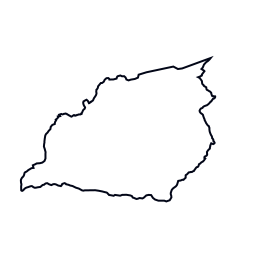 the district of Banita, Hunedoara, Romania, rotated 17°
{"feature_id": "2599482B47151005548823", "entity_name": "Banita", "entity_type": "district", "adm_level": 2, "iso_a3": "ROU", "parent_name": "Romania", "parent_adm1": "Hunedoara", "projection": "mercator", "projection_center": [23.267, 45.473], "detail": "fine", "context": "isolated", "style": "outline", "palette": "ink", "viewbox_px": 256, "rotation_deg": 17, "n_neighbors": 0, "source": "geoboundaries", "source_scale": "gbopen_adm2", "svg_char_len": 5819}
<svg xmlns="http://www.w3.org/2000/svg" viewBox="0 0 256 256"><g transform="rotate(17 128 128)"><path d="M130.4,197.4L134.1,197.0L135.1,195.8L140.3,195.0L142.1,193.6L146.2,192.3L150.0,191.8L151.7,192.0L152.8,193.1L153.9,193.1L156.8,193.4L158.0,192.8L159.5,191.6L162.5,191.1L163.5,190.0L165.2,187.1L167.4,185.9L169.8,185.4L172.2,187.5L174.7,188.5L178.3,188.6L184.0,186.9L186.1,187.0L189.0,184.9L189.8,181.7L189.2,180.2L188.3,178.9L187.9,177.8L187.9,176.9L187.9,175.6L188.0,174.2L188.8,172.5L190.9,169.7L191.5,168.0L191.5,166.8L191.5,163.9L193.4,162.9L193.6,162.9L195.1,161.6L195.8,161.5L196.1,161.4L196.3,161.1L196.5,160.9L196.6,160.5L197.0,159.7L197.4,159.3L197.6,158.9L197.6,158.3L197.0,156.6L197.0,156.2L198.0,155.0L198.5,154.0L198.9,153.0L199.1,152.7L199.4,152.5L200.1,152.3L200.6,151.8L201.2,151.7L201.6,151.4L201.9,151.4L202.2,151.2L202.5,150.8L202.8,150.4L203.3,150.0L203.6,149.8L203.7,149.6L203.7,149.0L204.0,148.5L204.1,148.0L204.2,147.7L204.4,147.2L204.5,146.7L204.9,145.8L205.1,145.4L205.5,145.2L205.9,145.0L206.3,144.5L206.5,143.8L206.5,141.9L206.7,141.5L207.5,140.9L207.6,140.6L208.0,139.7L208.3,139.3L209.4,138.2L209.6,137.9L209.7,137.5L210.2,136.7L210.4,135.8L210.8,134.7L209.9,134.5L209.8,134.1L209.6,133.6L209.6,133.3L209.7,132.9L210.2,132.7L210.7,132.1L211.0,131.5L211.3,131.3L211.5,130.6L211.5,130.3L211.1,129.6L211.1,129.2L210.5,127.9L210.9,126.4L211.1,125.9L211.5,125.1L212.0,124.2L212.3,123.8L212.0,122.5L212.0,121.6L211.8,120.6L211.9,119.8L212.1,118.3L213.2,118.4L214.1,118.5L215.0,117.6L215.2,116.9L214.2,115.8L213.7,115.7L213.4,115.4L213.1,114.4L212.5,113.7L211.5,113.2L211.4,112.9L211.3,112.6L211.1,112.3L210.6,111.4L210.2,111.1L209.5,110.5L209.3,110.3L209.2,110.1L208.8,109.7L208.4,109.2L207.7,108.3L207.1,107.4L206.4,105.9L206.2,105.4L206.0,104.8L205.9,104.2L205.7,104.0L205.5,103.7L204.8,102.7L204.6,102.5L204.1,102.4L203.7,102.3L203.1,101.9L201.6,100.7L201.0,100.2L200.7,99.8L200.3,99.3L199.9,98.9L199.4,98.5L199.1,98.2L198.8,97.6L198.7,97.3L198.5,97.1L197.9,96.5L197.4,95.8L196.7,94.9L196.0,93.8L195.8,93.5L194.9,93.0L194.5,92.9L193.5,92.6L193.1,92.4L192.6,92.0L192.0,91.6L191.8,91.3L191.4,90.5L191.5,89.6L191.9,88.3L192.2,87.9L192.6,87.6L192.9,87.4L193.2,87.1L193.4,86.9L193.6,86.1L193.9,85.6L194.4,85.0L195.5,84.1L195.9,83.8L196.8,83.2L197.0,82.9L197.3,82.5L197.9,81.7L198.2,81.1L198.6,80.4L198.9,79.6L199.3,78.6L199.7,78.4L199.7,78.2L199.9,77.9L200.0,77.8L200.1,77.2L200.3,76.6L200.5,76.1L200.8,75.0L201.3,74.9L201.6,74.7L201.7,74.3L201.9,74.0L202.2,73.8L202.3,73.2L202.3,72.7L202.1,72.3L201.8,72.4L200.4,72.6L199.0,72.7L198.7,72.3L198.1,71.5L197.8,71.0L197.4,70.5L197.2,69.9L195.6,69.1L195.1,69.1L193.9,68.7L192.2,68.4L191.6,67.8L191.2,66.8L190.9,66.2L189.2,65.8L188.2,65.5L187.9,65.0L186.8,64.5L186.2,64.1L185.8,63.5L185.0,61.6L184.1,60.8L181.9,59.2L180.3,58.9L181.5,58.0L183.3,56.2L183.0,55.3L184.5,51.3L184.1,51.0L181.0,50.1L181.8,48.5L182.0,46.6L182.1,45.1L183.0,43.3L183.4,42.3L184.4,41.1L185.0,40.3L186.0,38.4L186.6,36.9L162.4,55.2L158.5,57.0L153.4,56.0L129.4,69.3L122.6,73.9L122.8,76.9L120.2,79.1L116.6,80.9L114.6,82.3L112.3,82.1L110.9,80.4L109.2,79.6L107.1,80.3L105.4,80.0L104.4,80.6L102.9,81.6L102.6,82.5L102.6,84.1L99.7,85.9L96.0,87.1L95.6,86.4L94.5,86.0L92.8,86.7L91.6,88.7L91.3,90.8L90.1,92.5L88.8,93.0L87.2,96.9L87.4,98.4L87.1,99.7L86.6,100.7L86.8,101.4L87.0,102.5L87.4,103.4L87.7,103.8L87.8,104.6L87.8,105.8L87.4,107.4L86.8,109.2L86.6,110.5L86.6,111.0L86.4,112.0L86.0,112.4L85.3,113.5L84.9,114.0L84.6,114.0L84.5,114.4L84.2,114.7L84.0,114.9L83.9,115.4L83.4,115.7L81.8,113.9L80.1,113.1L79.2,113.9L78.4,114.8L77.7,115.6L77.8,115.9L77.7,116.3L77.7,116.7L78.2,117.9L78.9,118.9L79.7,119.8L80.3,120.2L81.0,121.0L80.9,122.3L80.0,123.7L79.8,124.6L79.5,127.3L79.1,127.7L79.4,128.2L78.2,129.1L77.7,129.2L77.2,129.3L76.7,129.6L76.3,130.0L75.4,130.4L75.3,130.7L74.7,131.1L74.5,131.3L74.3,131.4L74.2,131.3L73.9,131.4L73.7,131.7L73.4,131.7L73.2,131.4L72.7,131.4L72.3,131.6L71.0,133.3L70.5,133.7L69.3,133.5L69.0,133.4L68.3,133.2L67.9,133.2L67.1,132.9L66.0,132.8L65.3,132.4L63.8,132.5L63.6,132.8L62.4,133.3L61.8,133.9L61.5,134.1L61.0,134.2L60.1,134.1L58.3,135.4L59.6,136.5L58.9,136.9L58.2,136.9L57.5,137.4L58.1,138.1L57.6,139.5L56.5,141.1L57.0,141.5L56.5,143.6L56.6,144.8L56.8,145.6L55.4,146.6L54.5,147.6L53.8,149.6L54.1,151.8L53.0,153.9L52.4,155.9L51.4,157.7L51.1,159.2L51.2,160.2L51.3,161.0L51.5,162.5L52.0,165.3L52.3,166.1L52.5,167.9L53.0,170.3L54.5,172.4L55.3,173.7L56.2,175.1L56.6,176.8L58.0,181.3L57.8,183.9L56.2,186.1L54.1,187.4L51.0,188.6L50.0,189.7L47.9,191.5L49.3,193.8L48.4,194.1L47.9,194.4L47.2,194.9L45.8,196.5L45.0,197.3L44.7,197.8L44.4,198.4L43.4,199.7L42.9,200.0L42.5,200.5L42.3,200.9L42.2,201.3L42.3,202.5L42.3,203.4L42.3,204.1L42.1,204.6L41.7,205.7L41.2,206.4L41.0,207.4L40.8,208.3L40.8,209.1L41.0,209.8L41.2,210.2L41.4,210.9L41.8,211.8L42.4,212.7L42.6,213.3L42.7,213.8L42.8,214.7L43.0,215.5L44.1,218.8L44.4,219.0L45.1,219.1L45.5,218.8L45.8,218.4L46.3,217.6L46.6,216.8L47.5,215.4L48.7,214.4L50.3,213.4L50.7,213.0L51.3,212.6L52.2,212.0L52.6,211.8L53.4,211.7L53.7,211.8L54.4,212.1L54.9,212.3L56.4,212.4L57.4,212.0L59.0,211.1L61.4,210.0L62.1,208.9L63.0,207.5L63.5,207.2L63.9,207.0L64.3,206.8L64.5,206.4L64.9,205.8L65.4,205.2L65.8,204.9L66.4,204.6L67.0,204.4L67.4,204.5L69.0,204.9L70.6,205.0L71.3,205.0L71.6,204.9L72.2,204.2L72.7,203.8L73.0,203.6L73.8,203.2L74.5,203.1L75.3,203.0L76.2,203.1L76.8,203.2L77.2,203.3L77.6,203.4L78.6,203.4L79.5,203.3L80.0,203.2L80.5,203.2L80.8,203.2L81.1,202.7L81.3,202.3L81.3,201.6L81.5,200.7L83.4,199.3L84.6,199.4L85.2,199.9L87.7,199.7L89.6,199.9L91.9,199.7L95.6,200.3L98.7,200.3L102.4,201.1L103.8,200.9L104.8,200.3L114.8,197.1L118.1,196.6L122.0,196.2L125.0,196.1L125.3,196.0L126.5,196.0L127.0,196.1L127.5,196.4L127.7,196.5L128.2,196.9L128.7,197.0L129.4,197.6L129.8,197.6L130.4,197.4Z" fill="none" stroke="#020617" stroke-width="2"/></g></svg>